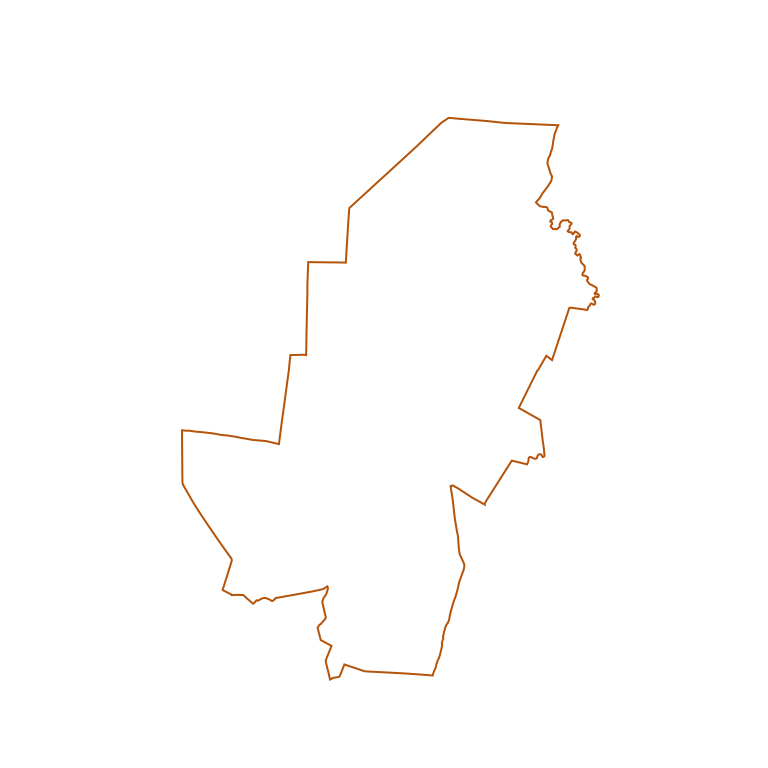 the district of Racovita, Timis, Romania, rotated 107°
{"feature_id": "2599482B19277843402836", "entity_name": "Racovita", "entity_type": "district", "adm_level": 2, "iso_a3": "ROU", "parent_name": "Romania", "parent_adm1": "Timis", "projection": "robinson", "projection_center": [21.607, 45.699], "detail": "fine", "context": "isolated", "style": "outline", "palette": "amber", "viewbox_px": 768, "rotation_deg": 107, "n_neighbors": 0, "source": "geoboundaries", "source_scale": "gbopen_adm2", "svg_char_len": 6107}
<svg xmlns="http://www.w3.org/2000/svg" viewBox="0 0 768 768"><g transform="rotate(107 384 384)"><path d="M487.4,563.6L532.7,549.4L537.5,547.8L538.5,547.2L539.7,546.1L551.4,533.6L556.7,527.7L565.3,517.4L581.2,497.6L591.9,483.7L595.4,479.0L596.3,478.4L597.2,478.0L598.1,477.9L628.2,478.1L629.4,471.6L629.8,469.0L630.4,468.0L630.5,467.5L629.8,466.5L627.0,457.2L627.2,456.3L629.5,451.5L632.4,445.0L632.1,444.5L628.4,442.8L628.0,442.5L628.0,442.1L628.1,441.6L628.0,441.0L625.0,438.3L623.8,436.3L623.2,435.1L623.2,434.0L623.4,433.1L623.4,431.9L623.8,429.4L624.1,428.7L624.3,428.2L624.2,427.3L623.6,426.7L622.7,426.2L622.2,425.8L622.0,425.5L620.5,425.3L613.7,411.9L603.2,391.6L598.8,383.8L597.7,382.1L594.1,379.0L595.5,378.0L596.1,377.8L600.7,377.7L602.6,378.0L606.6,379.3L610.0,379.4L610.5,379.3L624.1,371.5L625.0,371.3L625.8,371.5L632.0,374.3L633.2,375.3L636.4,376.3L647.4,369.6L647.9,366.9L649.8,357.6L665.0,358.9L666.3,358.6L672.7,354.9L675.4,353.2L682.4,349.2L679.9,346.6L677.4,341.7L676.4,341.0L675.4,340.8L663.8,339.9L664.4,318.4L655.5,282.7L652.2,268.7L648.5,252.2L646.1,252.3L644.1,252.2L642.3,251.9L639.3,251.7L638.7,251.7L637.5,251.9L635.9,252.0L635.0,251.8L633.1,251.8L632.5,251.8L631.3,251.5L630.5,251.4L627.3,251.3L624.9,251.4L620.0,251.7L617.3,252.0L616.1,252.2L614.9,252.9L614.5,253.0L613.4,253.0L610.4,252.9L609.9,253.0L609.5,253.1L608.3,253.7L607.5,253.8L606.3,253.7L604.2,254.1L603.3,254.1L602.0,254.0L599.2,254.2L596.2,254.0L593.7,253.1L590.3,252.8L585.9,253.4L582.7,253.6L575.2,253.8L569.1,253.7L567.8,253.4L560.1,253.5L551.4,254.2L538.3,253.5L535.1,253.8L532.4,254.9L524.7,261.8L520.2,264.0L507.2,269.1L504.3,270.8L491.8,277.0L474.7,284.4L462.2,290.5L460.9,288.5L462.1,282.9L466.8,266.8L469.9,252.4L468.9,252.9L419.9,239.4L419.0,223.7L418.3,223.7L418.0,223.6L416.9,223.4L415.6,223.4L412.7,223.9L412.1,223.8L411.7,223.6L411.1,223.2L410.9,222.5L410.9,221.8L411.2,220.5L411.4,218.8L411.4,218.0L411.2,217.2L410.8,216.6L410.4,216.3L409.3,216.1L408.0,216.2L406.3,215.6L405.8,215.0L405.6,214.4L405.5,212.8L406.5,212.1L407.2,211.1L407.4,210.6L407.1,210.1L406.6,209.8L405.7,209.5L398.0,212.7L392.1,215.5L381.9,220.0L372.8,224.0L367.5,248.1L346.8,244.7L326.3,241.3L325.8,240.8L320.7,239.6L309.6,237.0L312.0,230.3L257.0,229.0L256.3,227.2L254.0,212.9L253.7,211.2L253.4,211.1L252.5,211.0L251.3,211.3L250.2,210.9L249.5,210.4L248.5,210.1L247.7,210.0L246.8,209.8L246.5,209.4L246.3,209.0L246.4,208.5L246.7,207.7L246.9,207.0L246.8,206.3L246.1,205.8L245.2,205.6L243.8,206.0L242.5,207.1L241.7,209.3L241.0,209.4L240.7,209.2L240.6,208.9L240.6,208.6L240.4,208.4L238.4,207.4L238.4,206.6L238.5,206.1L238.5,205.6L238.5,205.2L238.0,204.5L237.7,204.4L236.2,204.6L235.8,204.9L235.7,205.3L235.7,206.1L235.6,206.5L235.6,207.0L235.8,207.7L236.3,208.6L236.1,208.8L235.8,208.9L235.3,209.0L234.8,208.7L234.4,208.4L233.8,207.9L233.7,207.8L233.2,207.8L232.4,207.8L232.2,207.9L231.7,208.3L230.6,208.4L230.1,208.7L230.0,209.0L229.6,209.6L229.1,212.0L228.9,212.8L228.3,216.7L225.8,220.1L225.2,220.2L223.7,219.8L223.2,219.8L222.8,219.9L222.4,220.1L222.2,220.5L221.9,222.0L221.8,223.2L221.8,223.9L221.9,224.7L222.1,225.2L222.1,225.5L221.4,226.3L221.2,226.3L220.0,226.4L219.4,226.3L218.5,225.8L217.1,225.4L216.8,225.3L216.1,225.5L215.2,225.8L213.7,226.2L212.5,226.6L210.8,229.8L210.6,230.4L209.6,231.2L208.9,231.7L207.8,232.5L207.2,232.7L206.9,232.7L205.8,232.4L205.4,232.6L205.0,233.0L204.8,233.5L203.6,233.9L203.1,234.2L202.8,234.4L202.8,234.8L202.9,235.1L203.2,235.8L204.0,236.3L204.6,236.7L203.8,238.4L203.4,239.4L200.5,238.9L199.9,238.8L199.4,239.0L198.8,239.4L198.1,240.1L197.9,240.8L197.5,241.0L196.3,241.1L195.3,241.4L195.1,241.5L194.8,242.1L194.9,242.9L194.9,243.3L194.7,243.6L194.0,243.7L193.5,243.8L192.9,243.7L191.5,243.1L189.1,242.7L188.6,242.7L187.7,243.3L187.3,243.3L186.8,243.3L186.5,243.2L186.2,243.0L186.2,242.6L186.5,241.3L186.4,240.9L186.1,240.5L185.8,240.2L185.2,240.1L184.7,240.1L184.1,240.4L182.7,243.6L182.3,245.9L185.4,247.0L185.6,247.3L185.5,247.7L185.2,247.9L184.8,248.2L184.2,248.9L184.2,249.2L184.2,249.4L184.5,250.6L184.7,251.3L184.6,252.0L184.4,252.6L184.1,253.1L182.1,252.3L181.7,252.1L181.4,252.0L179.8,252.3L178.9,252.7L175.9,251.5L175.6,251.5L175.4,251.6L175.0,252.4L175.1,253.6L175.0,254.2L174.8,254.6L174.0,255.2L173.7,255.6L173.6,255.8L173.5,256.1L173.6,256.5L174.0,257.0L174.5,258.1L174.8,259.4L175.2,260.8L176.5,261.6L177.1,262.2L178.0,262.3L178.9,262.6L179.4,262.6L180.1,262.6L182.2,261.9L183.4,262.8L185.2,263.7L185.6,264.3L185.7,264.7L185.7,265.7L186.4,267.5L185.3,269.7L184.8,270.4L184.4,270.7L184.0,270.8L182.2,270.1L181.6,270.1L181.0,270.2L180.7,270.4L180.4,270.7L180.3,271.2L180.3,271.9L180.1,272.3L179.4,272.6L179.1,272.6L178.7,272.4L177.4,271.1L176.9,270.6L176.6,270.5L176.4,270.5L175.4,271.0L173.8,272.1L171.7,273.2L170.6,273.9L170.6,275.3L170.0,277.9L167.6,279.4L167.5,279.7L167.4,280.4L167.5,281.4L168.0,283.0L168.4,286.7L167.5,288.9L165.9,291.8L163.8,291.0L162.3,290.1L160.6,289.4L155.8,288.3L147.3,285.2L145.2,284.6L143.5,284.1L143.2,283.9L142.0,283.8L140.7,283.4L138.9,283.6L136.6,283.9L135.2,285.0L134.5,285.8L133.5,286.6L129.7,289.2L128.8,289.7L127.7,290.6L126.9,291.0L126.0,291.7L124.8,292.4L123.4,292.6L121.0,292.8L119.7,292.7L117.8,292.4L116.7,292.1L112.9,292.3L111.8,292.1L109.8,292.1L106.7,292.4L103.2,293.1L101.2,293.2L98.2,293.6L95.3,293.9L94.3,293.8L93.5,293.9L91.7,293.6L88.2,293.5L85.6,293.0L88.9,305.7L92.4,319.2L98.2,341.5L99.2,345.7L102.6,363.2L108.2,388.7L110.6,400.0L117.5,405.6L136.5,416.3L146.6,421.9L169.2,435.2L182.2,442.8L187.8,446.2L205.7,456.7L218.5,464.3L225.6,468.4L226.2,468.5L227.4,468.3L242.1,464.9L279.1,456.0L280.6,461.5L284.6,475.0L289.6,492.1L309.6,486.8L322.4,483.0L329.3,481.1L352.2,474.6L353.0,474.4L379.1,466.9L379.3,468.6L383.7,482.0L393.5,480.1L396.8,479.3L409.9,477.2L431.7,473.6L454.0,470.0L472.2,466.9L473.1,480.4L475.4,491.1L475.9,493.5L476.7,500.3L477.4,505.2L477.8,510.4L478.8,516.7L479.0,518.8L479.9,522.6L480.0,523.3L480.4,525.5L481.1,532.0L482.4,539.5L482.7,540.9L483.7,546.2L484.4,549.3L485.0,552.1L485.0,552.6L485.7,557.1L486.3,558.9L486.7,560.5L487.1,562.8L487.4,563.6Z" fill="none" stroke="#b45309" stroke-width="2"/></g></svg>